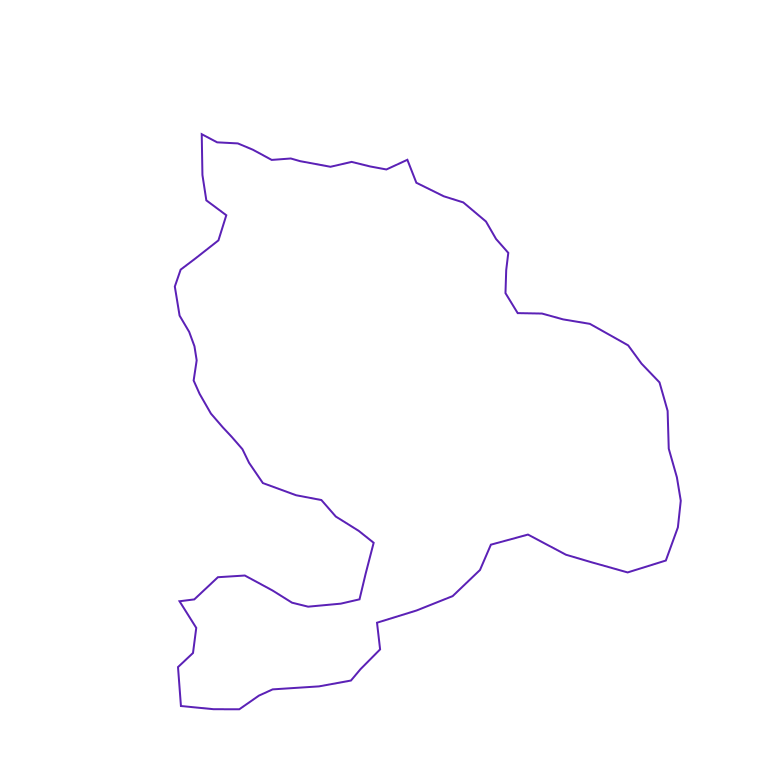 outline of Exo Metochi, Cyprus, rotated 347°
{"feature_id": "46923920B63490584599042", "entity_name": "Exo Metochi", "entity_type": "district", "adm_level": 2, "iso_a3": "CYP", "parent_name": "Cyprus", "parent_adm1": "", "projection": "orthographic", "projection_center": [33.534, 35.206], "detail": "fine", "context": "isolated", "style": "outline", "palette": "violet", "viewbox_px": 768, "rotation_deg": 347, "n_neighbors": 0, "source": "geoboundaries", "source_scale": "gbopen_adm2", "svg_char_len": 1257}
<svg xmlns="http://www.w3.org/2000/svg" viewBox="0 0 768 768"><g transform="rotate(347 384 384)"><path d="M135.9,549.7L146.2,579.4L137.4,603.1L119.6,613.5L113.7,652.1L144.7,662.5L169.8,668.4L192.0,659.5L206.8,656.5L252.6,664.0L285.1,665.5L296.9,656.6L320.5,641.7L323.5,615.0L364.8,612.0L403.2,606.1L435.7,586.8L452.0,564.6L490.4,563.1L522.9,591.3L546.5,604.6L579.0,622.4L618.9,619.4L638.1,589.8L646.9,564.5L648.4,540.8L646.9,511.1L654.3,474.0L653.7,461.8L652.8,444.4L639.5,422.1L630.6,401.3L614.4,386.5L598.1,371.7L573.0,361.3L553.8,350.9L530.2,345.0L522.8,322.8L528.7,300.5L534.6,284.2L525.8,267.9L519.9,248.6L502.1,224.9L484.4,214.5L460.8,195.2L457.2,170.8L434.6,175.5L419.4,168.9L402.4,160.3L380.7,160.3L352.4,148.0L343.9,143.3L325.0,140.4L308.9,126.2L295.7,116.7L275.8,111.0L262.6,99.6L254.1,139.5L252.2,165.1L268.3,184.1L255.0,206.8L228.6,219.2L211.6,226.8L202.1,242.0L200.2,271.4L205.9,289.4L207.8,304.6L206.8,318.8L199.3,337.8L202.1,352.1L208.7,373.9L217.2,390.0L223.8,401.4L231.4,415.7L234.8,430.5L243.7,453.3L273.3,472.6L296.9,483.0L307.2,502.3L326.4,521.5L338.2,536.4L323.5,564.6L311.7,588.3L292.5,588.3L260.0,583.9L245.2,576.4L228.9,560.1L205.3,539.3L178.7,534.9L150.7,551.2L135.9,549.7Z" fill="none" stroke="#5b21b6" stroke-width="2"/></g></svg>